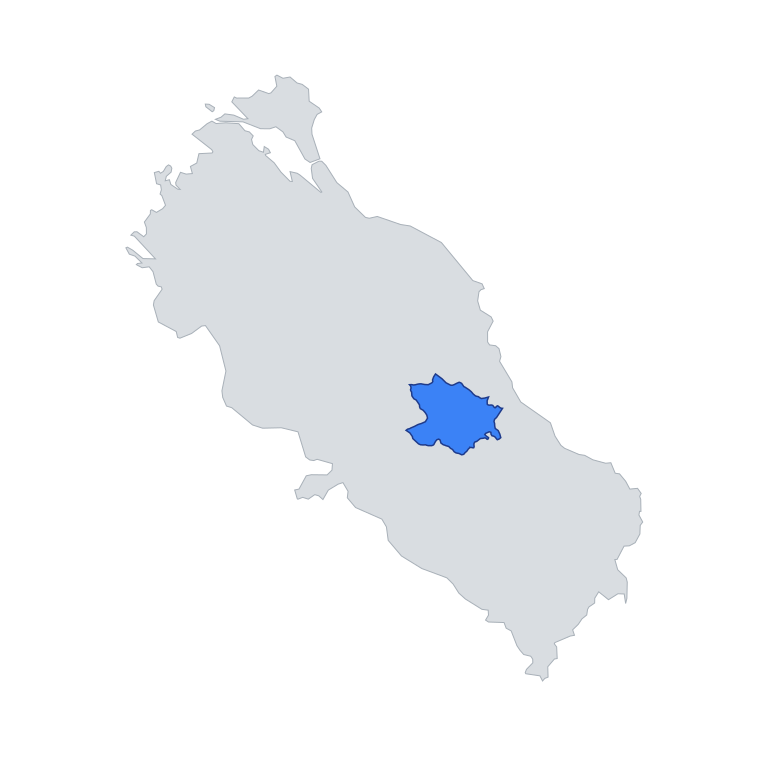 where Sivas sits in Turkey, rotated 48°
{"feature_id": "TUR-2295", "entity_name": "Sivas", "entity_type": "Province", "adm_level": 1, "iso_a3": "TUR", "parent_name": "Turkey", "parent_adm1": "", "projection": "equal_earth", "projection_center": [37.51, 39.556], "detail": "fine", "context": "in_parent", "style": "filled", "palette": "blue", "viewbox_px": 768, "rotation_deg": 48, "n_neighbors": 0, "source": "natural_earth", "source_scale": "10m", "svg_char_len": 5735}
<svg xmlns="http://www.w3.org/2000/svg" viewBox="0 0 768 768"><g transform="rotate(48 384 384)"><path d="M594.3,268.1L605.0,271.9L608.4,269.1L618.0,269.5L626.6,271.6L631.2,265.4L637.4,266.1L638.6,269.2L641.5,270.4L650.6,278.3L649.6,279.3L651.9,282.2L659.7,284.1L660.5,288.2L666.7,294.2L670.0,303.5L668.4,310.0L665.1,314.1L670.3,328.1L668.9,329.9L678.4,334.6L690.2,333.8L694.0,335.8L705.8,346.9L708.8,351.3L700.8,346.0L696.4,350.5L694.5,361.5L682.1,363.5L684.2,370.7L687.7,374.0L686.8,380.8L687.7,383.5L691.3,387.9L691.0,394.0L692.6,400.5L692.9,408.3L698.2,410.6L695.9,414.3L690.5,430.0L691.0,431.3L694.9,431.6L703.9,439.0L702.4,441.4L703.7,451.5L711.6,458.2L710.4,461.5L710.8,464.9L705.2,463.4L694.2,472.5L693.0,472.2L691.4,469.1L690.8,460.0L688.0,457.6L684.5,457.1L678.5,461.2L672.9,461.1L667.4,460.3L652.6,454.7L647.2,456.6L641.6,454.4L630.8,465.6L627.4,466.5L625.7,461.0L621.8,457.9L617.0,462.0L598.2,467.4L589.5,468.3L578.9,466.5L570.1,467.0L546.4,479.4L523.5,486.1L503.0,485.5L491.8,477.8L483.0,476.0L456.8,487.8L444.0,487.4L439.7,482.5L429.8,480.5L427.7,485.2L425.6,496.4L429.0,506.7L423.4,507.3L419.9,509.5L418.9,517.3L413.8,520.3L412.0,525.1L411.1,525.2L403.0,521.3L405.2,517.5L400.2,503.2L402.8,498.7L413.5,487.1L413.2,480.3L408.7,475.6L395.2,484.1L393.9,487.4L390.8,490.0L385.8,491.0L362.0,479.9L347.8,489.6L335.6,503.8L326.5,509.1L299.7,513.0L295.0,515.8L286.0,512.8L280.6,509.0L268.6,492.8L245.6,480.6L221.1,477.6L218.9,480.8L217.7,493.2L213.4,505.0L211.3,506.2L206.0,503.3L186.9,510.2L171.0,502.5L168.3,499.1L165.1,485.5L162.8,484.5L160.1,486.4L157.4,486.4L146.0,480.5L139.8,480.1L135.8,485.9L129.6,488.2L129.5,486.6L132.1,482.9L122.3,483.5L117.1,486.4L110.1,484.7L110.6,483.1L116.4,481.2L129.5,479.2L138.1,470.1L107.1,470.6L104.0,472.5L103.8,467.8L105.6,465.7L113.8,464.0L113.5,460.1L108.7,455.9L103.3,453.7L101.3,443.9L98.7,441.4L99.1,440.0L104.2,438.3L105.6,431.2L105.0,426.8L95.3,423.0L93.0,423.3L90.7,419.5L86.6,416.8L83.0,419.0L73.2,413.2L75.3,409.0L77.8,409.1L78.4,405.8L76.7,400.3L77.0,397.5L79.3,396.7L81.7,397.3L84.1,400.5L84.0,406.8L86.6,410.6L88.6,406.8L93.1,408.9L101.3,406.9L103.0,405.3L97.0,405.5L94.9,404.0L90.5,393.6L95.6,390.6L99.4,385.6L92.8,382.3L94.5,375.3L89.0,367.4L97.3,357.2L97.0,355.8L94.6,355.2L69.9,359.5L69.8,354.9L71.8,351.0L72.2,341.3L73.5,336.0L78.1,334.5L84.0,326.8L93.4,317.7L102.7,317.9L106.6,315.4L112.1,315.2L113.6,318.8L118.3,321.3L126.9,320.9L131.1,318.5L127.4,314.1L132.3,312.7L136.1,313.7L133.9,318.6L135.0,319.1L146.1,317.6L157.7,318.8L170.5,318.2L172.2,316.6L163.3,311.7L169.3,307.5L172.6,306.6L199.5,302.7L199.7,301.7L183.4,299.5L175.1,293.8L172.9,290.7L174.9,283.2L176.8,281.2L182.7,280.9L202.8,284.3L217.2,282.3L232.8,287.3L247.8,286.3L251.0,284.0L255.0,276.9L276.5,265.0L284.1,258.8L317.3,246.7L366.6,248.8L375.2,244.1L380.2,245.7L378.8,248.8L379.0,251.7L384.9,258.8L393.6,263.0L405.8,259.5L410.3,260.8L414.5,272.1L422.1,278.9L425.6,279.4L430.3,275.4L434.7,274.9L441.9,278.8L444.4,282.9L468.0,287.5L472.9,291.0L488.9,294.4L524.2,286.3L537.2,291.8L548.0,293.6L552.7,292.8L566.8,286.3L571.3,282.6L580.1,279.5L591.2,272.3L594.3,268.1ZM140.1,248.2L138.9,253.3L140.8,258.8L145.4,266.5L150.2,270.4L173.8,280.9L169.9,290.7L163.9,292.2L143.5,287.5L135.0,291.5L129.0,290.4L120.5,292.2L117.9,298.1L111.7,304.9L94.8,313.4L78.9,330.1L74.5,332.2L76.7,326.5L76.8,321.5L83.7,315.7L93.2,311.3L95.8,307.6L72.5,308.3L70.5,303.2L72.9,302.2L81.0,293.1L81.9,289.4L81.6,280.5L91.1,275.3L92.0,273.2L91.0,264.4L82.5,259.3L82.8,256.9L89.2,254.5L93.0,248.4L102.1,247.2L106.6,244.3L114.4,242.8L123.8,250.4L135.6,247.5L140.1,248.2ZM66.7,329.5L58.8,330.9L56.4,329.5L59.1,326.8L65.2,325.0L67.0,327.6L66.7,329.5Z" fill="#d9dde1" stroke="#a8b0b8" stroke-width="1"/><path d="M475.4,317.7L476.1,317.2L476.2,316.4L475.9,316.0L476.0,314.7L476.3,314.1L477.7,313.8L479.3,313.6L480.4,313.1L481.4,312.2L484.2,322.8L484.2,325.4L485.4,327.3L487.3,328.2L489.4,329.9L491.5,331.1L495.0,330.3L498.6,331.4L502.0,333.1L501.9,335.4L501.2,337.1L499.6,337.1L498.1,336.9L496.3,337.3L494.7,338.4L493.0,338.1L491.4,336.9L489.9,337.8L488.7,341.5L489.0,342.9L491.3,342.8L493.8,342.2L494.5,343.1L494.2,344.3L493.5,344.5L492.8,344.4L491.5,345.1L490.7,346.6L489.0,348.9L488.7,353.6L487.9,355.1L488.3,356.8L489.5,358.0L490.6,358.7L491.4,359.8L491.1,360.5L489.9,361.3L489.5,361.7L489.2,362.1L488.9,362.4L488.5,362.5L488.7,363.0L488.7,363.8L488.8,365.3L489.2,366.6L489.4,367.9L489.3,368.7L489.2,369.6L489.4,370.3L489.6,371.0L489.3,372.5L488.5,373.7L485.9,374.7L483.4,376.6L481.2,377.2L478.9,376.9L477.7,377.1L476.5,377.6L473.8,377.7L472.6,378.4L471.4,379.2L470.1,379.8L468.8,380.6L466.0,381.2L463.1,379.8L461.6,380.2L460.8,381.9L461.1,384.0L461.8,386.1L462.2,387.0L462.4,388.0L461.8,389.7L459.4,392.4L457.9,393.4L457.1,393.7L455.4,395.8L453.6,397.5L451.6,398.4L443.9,399.1L443.0,398.7L442.2,398.1L437.7,397.5L433.2,398.6L433.3,396.8L434.1,395.2L434.4,394.6L434.5,393.8L435.9,389.7L436.8,386.1L437.5,384.4L438.3,382.8L439.7,378.5L438.5,374.5L435.8,373.0L432.8,372.5L429.6,372.5L426.6,373.5L424.9,372.9L423.2,371.6L417.5,370.8L414.9,371.7L411.5,371.2L408.3,368.8L407.2,368.7L406.1,368.2L405.8,367.8L405.3,366.9L405.0,366.5L403.4,365.6L401.6,365.5L402.9,363.9L404.5,362.7L405.5,361.3L406.4,359.5L407.4,357.9L408.6,356.4L411.6,354.1L414.1,351.6L415.1,347.9L415.1,346.9L414.7,345.9L413.5,345.3L411.9,342.3L411.0,339.0L418.9,337.4L424.6,337.1L429.6,335.2L430.7,334.0L431.4,332.3L432.1,329.6L433.0,327.0L434.2,326.3L435.5,325.9L439.4,326.4L440.6,325.9L445.1,324.7L448.2,324.3L451.1,324.4L454.0,324.0L455.2,323.3L456.4,322.4L456.9,322.2L457.4,322.2L458.6,321.9L459.9,321.4L461.9,318.5L463.6,315.0L465.5,318.6L468.1,320.8L469.3,320.6L470.3,319.8L471.3,318.4L472.6,317.5L475.4,317.7Z" fill="#3b82f6" stroke="#1e3a8a" stroke-width="1.5"/></g></svg>